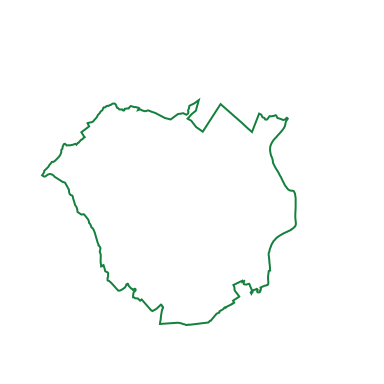 outline of Ixtlahuacán de los Membrillos, Jalisco, Mexico, rotated 53°
{"feature_id": "50627088B58115544909485", "entity_name": "Ixtlahuacán de los Membrillos", "entity_type": "district", "adm_level": 2, "iso_a3": "MEX", "parent_name": "Mexico", "parent_adm1": "Jalisco", "projection": "robinson", "projection_center": [-103.201, 20.403], "detail": "fine", "context": "isolated", "style": "outline", "palette": "green", "viewbox_px": 384, "rotation_deg": 53, "n_neighbors": 0, "source": "geoboundaries", "source_scale": "gbopen_adm2", "svg_char_len": 5960}
<svg xmlns="http://www.w3.org/2000/svg" viewBox="0 0 384 384"><g transform="rotate(53 192 192)"><path d="M311.6,188.1L311.4,187.8L311.7,186.9L310.5,185.7L305.8,182.6L304.0,180.9L301.3,178.2L301.8,176.9L300.6,176.2L300.4,176.1L299.4,175.3L297.2,173.9L296.4,173.5L295.1,172.7L294.8,172.5L294.6,172.4L293.2,171.5L293.1,171.3L291.8,170.7L291.7,170.5L290.3,169.8L290.0,169.5L289.3,169.1L288.8,168.9L288.3,168.6L287.1,167.6L286.5,166.9L286.3,166.3L286.0,166.0L285.5,165.3L285.1,165.0L284.5,164.3L284.0,163.5L283.6,162.7L282.3,160.9L281.6,159.5L280.4,156.7L280.2,155.7L279.5,152.1L279.5,150.2L279.6,148.3L279.7,147.6L280.0,145.0L280.2,143.4L280.5,142.3L280.6,141.6L280.9,140.2L281.1,139.8L281.1,139.1L281.7,136.7L281.7,135.8L281.9,135.3L281.6,134.8L281.8,134.3L281.8,133.4L281.7,131.6L281.4,130.5L281.5,130.4L281.0,129.4L280.3,128.5L279.1,127.6L274.9,125.1L271.7,122.7L267.3,119.0L259.4,113.0L255.2,110.7L252.5,110.2L251.1,111.3L250.3,112.4L249.4,113.0L248.3,113.5L246.9,113.8L245.0,113.7L243.2,113.8L242.7,113.7L242.1,113.7L240.3,113.3L238.5,113.0L235.2,112.4L234.0,112.0L231.9,111.9L228.3,111.2L225.4,111.0L222.5,110.7L217.7,109.8L215.8,108.8L215.5,108.5L212.9,107.5L210.7,107.0L209.1,106.4L205.9,104.7L203.5,102.8L202.4,101.6L201.1,99.4L199.9,96.6L199.5,95.1L199.1,93.0L199.0,91.9L198.5,89.9L197.5,84.7L196.8,81.8L196.0,79.6L195.2,78.0L192.7,75.2L191.9,73.7L191.1,71.4L189.9,71.5L189.7,71.7L190.2,73.7L189.4,75.8L187.2,77.1L185.1,78.6L184.5,79.2L183.4,79.1L182.3,78.8L181.5,78.8L181.3,78.8L181.0,79.0L180.8,79.3L180.7,80.3L179.8,82.0L179.4,83.0L178.7,83.9L178.2,84.2L178.1,84.5L179.0,87.3L179.2,88.5L178.8,89.3L178.1,89.9L176.8,89.6L176.3,89.7L175.6,90.2L175.0,90.5L174.3,90.7L172.4,90.2L171.8,90.2L169.8,91.2L180.2,108.0L174.0,109.3L167.0,110.5L139.0,116.3L150.3,147.1L142.6,149.6L134.6,149.7L130.8,151.4L129.6,145.5L129.4,140.0L122.7,131.3L122.6,136.9L121.6,142.2L123.5,144.3L124.5,146.1L126.0,146.7L127.0,148.1L126.9,150.0L123.8,151.6L121.3,156.4L121.2,165.4L116.6,169.1L106.7,173.8L104.0,175.7L100.4,177.9L100.1,178.6L99.7,180.1L99.2,180.9L97.6,182.2L96.5,182.9L95.0,183.5L94.8,183.8L94.1,185.8L92.8,183.1L92.8,183.6L92.3,184.4L90.3,185.8L89.5,187.0L88.0,188.0L86.5,189.2L86.6,190.1L86.8,191.6L87.2,192.3L86.5,193.2L85.8,194.3L85.5,195.2L85.2,195.4L85.1,195.6L85.6,196.5L85.9,196.8L85.8,197.2L85.9,197.5L85.3,198.0L84.9,198.1L84.4,198.0L84.1,198.0L82.5,200.2L82.3,200.4L81.3,200.4L80.5,200.6L80.1,200.9L79.4,201.2L78.6,200.8L78.1,200.8L77.2,200.4L76.2,200.3L75.8,200.3L74.8,200.6L73.8,201.9L73.6,202.6L73.6,204.4L73.1,205.5L73.1,206.7L72.9,207.1L72.5,207.3L72.2,207.8L72.1,208.3L71.9,209.0L72.0,209.7L72.2,210.1L72.2,210.4L72.0,210.8L71.3,211.5L71.3,211.9L72.6,214.1L72.8,214.8L72.7,216.0L72.8,216.8L73.1,217.3L73.4,218.1L73.6,218.7L73.7,220.0L73.9,220.8L75.0,223.2L75.2,223.9L76.2,229.1L75.9,230.0L74.6,232.8L74.2,234.0L77.7,234.7L77.7,244.4L81.7,244.7L82.1,244.9L83.0,244.8L83.6,244.7L83.6,245.9L83.9,247.9L83.6,249.0L83.7,249.3L83.6,249.6L83.7,249.9L84.3,252.5L84.2,252.5L84.1,253.9L84.7,255.8L83.3,256.2L82.6,258.7L82.1,259.6L81.6,260.8L81.0,261.8L80.1,262.8L79.5,264.0L78.2,264.2L77.0,264.5L76.7,265.6L78.1,268.2L79.5,269.5L79.6,270.7L80.2,271.4L81.7,272.6L83.2,275.1L83.8,277.0L84.6,282.2L84.6,284.3L83.6,285.9L84.3,287.7L84.5,289.4L85.4,291.4L86.0,295.3L86.1,297.1L87.4,298.5L88.5,301.7L90.2,301.1L90.6,300.8L91.1,300.3L91.3,298.8L91.3,296.8L92.1,294.6L94.0,293.1L96.0,292.6L97.1,292.6L106.2,289.2L107.1,288.4L108.3,287.8L116.1,288.9L117.4,289.8L118.8,290.5L120.2,290.9L121.4,290.7L122.5,289.9L123.5,289.8L125.6,290.8L132.2,293.2L134.4,293.3L136.1,293.8L139.1,295.4L143.5,293.9L144.6,291.8L146.2,291.6L150.3,291.5L152.2,291.6L153.6,292.1L154.6,292.8L156.5,292.6L158.3,293.1L159.5,293.6L161.1,293.2L161.4,293.1L164.1,293.6L165.9,294.1L175.6,297.8L178.2,298.4L178.4,298.8L179.0,298.6L179.8,298.6L181.1,298.7L182.0,299.1L184.3,301.7L185.6,302.1L186.5,302.3L187.4,302.8L193.3,307.4L195.6,308.5L196.7,309.4L197.2,308.5L196.8,307.6L197.1,306.7L199.8,307.6L203.1,309.0L204.4,308.3L205.3,307.8L205.8,307.7L206.3,307.8L208.1,309.2L209.2,310.0L209.7,311.1L211.7,312.6L211.9,312.6L213.1,311.8L215.2,311.3L217.8,311.0L226.1,310.3L226.5,310.1L227.1,309.4L227.6,307.9L227.8,306.4L227.9,303.6L227.9,303.0L227.6,302.2L226.4,300.0L226.7,299.9L226.6,298.5L226.8,298.4L227.3,298.4L227.5,298.5L227.8,298.9L229.1,299.0L232.1,298.7L232.6,298.6L233.4,298.1L234.7,298.1L234.7,296.4L234.8,296.0L235.1,295.7L235.6,295.6L236.0,295.8L236.6,296.2L236.8,296.9L236.9,297.3L236.8,297.9L236.9,298.6L237.4,299.4L237.9,300.1L238.7,300.7L239.2,301.4L240.6,302.4L240.9,301.9L241.3,301.8L241.8,301.6L242.6,301.4L242.9,301.1L244.5,299.3L247.5,298.9L247.6,298.7L247.5,296.9L262.1,295.8L262.2,295.6L263.3,295.2L263.9,291.1L263.7,288.3L263.2,284.6L263.6,284.3L266.1,284.7L266.1,284.4L266.4,284.4L267.1,284.8L268.1,286.9L268.5,287.3L271.5,290.5L274.6,293.5L275.0,293.7L276.4,295.4L278.1,297.0L287.8,282.1L289.6,280.3L290.0,279.9L292.4,278.4L293.3,277.5L294.9,276.6L295.5,275.5L295.6,275.0L295.8,274.5L296.3,274.3L306.1,257.4L305.7,255.4L305.7,255.1L305.9,254.8L306.1,254.6L304.0,245.7L304.3,244.4L304.4,243.3L304.8,242.8L303.8,241.7L304.2,239.1L304.3,237.0L303.9,235.9L304.1,235.5L304.0,234.9L304.7,234.8L304.6,232.6L305.3,229.4L305.4,227.4L305.6,227.5L305.8,224.9L303.5,224.6L304.0,217.4L303.9,217.1L298.1,217.2L296.2,217.1L295.6,216.8L293.3,215.3L291.2,214.9L291.9,211.3L293.1,205.4L294.2,206.0L294.4,203.8L294.5,203.8L294.7,204.4L295.0,204.8L296.6,206.0L296.9,206.0L298.5,204.6L299.1,202.9L299.7,201.6L300.0,201.6L301.9,202.1L307.2,203.5L307.5,205.5L309.0,205.8L308.6,204.9L308.6,204.2L308.1,203.5L307.3,203.0L307.3,202.8L307.1,202.9L307.0,202.7L307.8,200.9L308.2,199.6L308.2,199.0L308.3,198.6L309.5,198.3L310.0,198.9L310.1,199.3L310.7,199.9L311.3,200.0L311.5,199.9L312.0,199.7L312.6,198.6L312.7,198.2L312.7,197.9L312.5,197.5L312.1,196.8L311.5,196.8L311.4,196.0L311.1,195.5L310.4,194.9L310.1,195.0L309.5,194.8L310.5,190.7L311.6,188.1Z" fill="none" stroke="#15803d" stroke-width="2"/></g></svg>